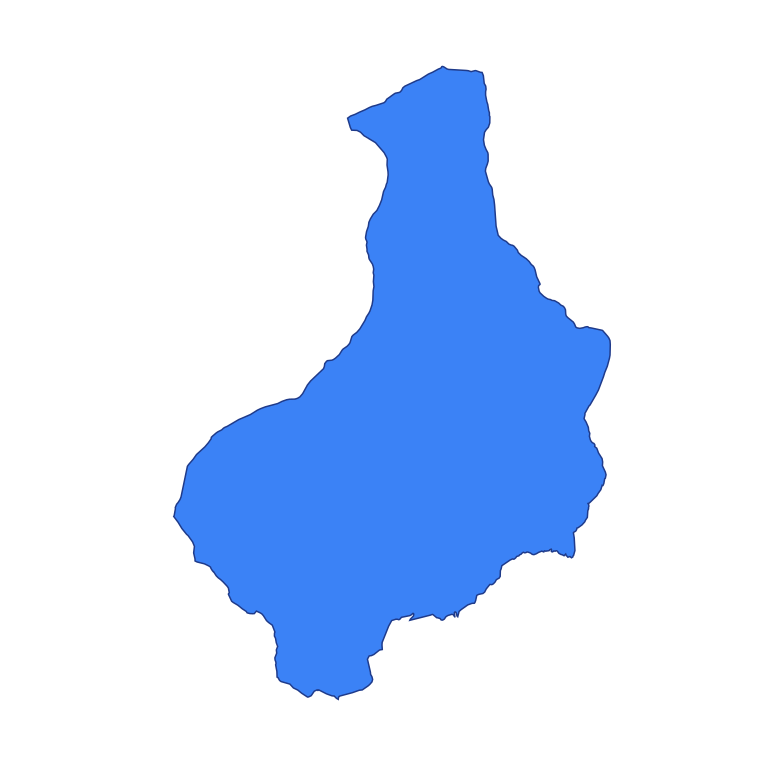 Busteni, Prahova, Romania (Natural Earth projection), rotated 260°
{"feature_id": "2599482B44498880667390", "entity_name": "Busteni", "entity_type": "district", "adm_level": 2, "iso_a3": "ROU", "parent_name": "Romania", "parent_adm1": "Prahova", "projection": "natural_earth1", "projection_center": [25.539, 45.419], "detail": "fine", "context": "isolated", "style": "filled", "palette": "blue", "viewbox_px": 768, "rotation_deg": 260, "n_neighbors": 0, "source": "geoboundaries", "source_scale": "gbopen_adm2", "svg_char_len": 6145}
<svg xmlns="http://www.w3.org/2000/svg" viewBox="0 0 768 768"><g transform="rotate(260 384 384)"><path d="M670.5,535.4L673.8,534.7L674.2,533.2L676.7,528.8L676.8,528.1L676.5,524.0L677.9,521.4L678.5,519.4L682.6,502.2L683.3,500.8L685.9,498.0L686.5,497.0L686.6,496.5L686.5,496.0L685.4,495.1L685.1,494.3L684.7,492.2L682.6,486.0L681.5,481.5L677.6,472.0L677.1,468.8L673.7,456.3L672.5,454.1L670.1,452.3L669.0,450.9L668.5,449.9L668.4,445.6L667.9,444.3L664.0,436.2L662.0,434.5L661.0,432.8L659.8,424.5L659.5,420.6L658.8,417.5L657.3,412.8L656.0,407.2L654.6,402.4L653.7,397.6L652.1,394.3L642.4,395.4L639.6,396.2L638.4,401.5L636.1,404.6L632.0,407.4L623.2,417.5L611.8,424.3L606.9,425.9L605.0,426.3L599.1,425.0L592.3,424.8L589.2,424.4L581.9,422.1L580.5,421.1L577.5,419.7L573.7,417.0L565.8,413.7L560.6,410.5L556.1,407.1L553.1,402.9L549.0,399.3L545.9,397.2L541.9,395.9L537.2,393.3L531.7,391.3L530.1,391.2L527.8,391.8L526.6,391.9L523.8,390.8L519.8,390.7L517.6,390.3L513.8,391.2L510.9,391.0L509.3,391.2L504.2,393.4L501.6,393.8L498.9,393.8L495.4,392.7L492.8,392.9L486.6,391.3L481.7,391.0L477.6,389.5L468.6,387.6L464.1,386.0L458.4,382.9L456.4,381.4L453.2,378.4L449.9,376.3L442.5,369.8L439.6,366.2L437.5,362.1L436.3,360.6L430.6,357.7L429.2,356.4L427.6,354.3L425.6,349.9L424.5,348.5L420.7,345.1L417.9,340.7L416.9,338.5L416.5,336.9L416.8,332.4L416.4,331.4L414.4,329.2L411.6,328.3L409.6,327.1L399.7,312.2L396.3,308.4L388.6,302.2L385.9,298.9L384.9,296.2L384.6,293.7L385.4,288.4L385.4,285.4L384.6,280.6L383.2,275.9L382.1,263.2L381.1,258.0L380.2,254.7L377.1,247.1L374.2,234.8L369.5,222.2L369.0,219.9L368.4,218.3L367.0,216.2L365.7,211.9L364.8,210.0L362.6,206.3L361.5,204.7L360.0,204.2L356.6,200.8L353.2,196.7L347.1,187.1L343.0,183.0L338.7,177.7L337.1,176.1L308.0,164.5L305.6,163.0L303.0,160.6L301.6,158.9L298.6,157.0L297.3,156.9L290.8,154.5L290.1,153.9L283.6,157.2L276.7,159.9L270.2,163.5L268.8,164.7L261.7,168.1L257.0,169.1L250.7,167.2L244.6,167.5L242.5,167.2L241.2,169.0L238.1,175.9L235.3,179.8L233.9,181.3L232.3,181.6L229.9,182.6L228.6,183.4L228.7,183.6L224.2,185.5L221.9,187.1L219.9,189.0L217.0,191.2L212.1,194.4L210.2,195.3L205.4,195.4L204.2,194.3L203.8,194.3L196.6,196.2L195.0,197.6L191.6,201.6L187.1,205.5L184.0,208.8L182.4,209.5L181.2,212.1L180.6,214.7L180.4,216.4L182.5,218.9L180.3,222.1L178.9,223.7L176.8,225.0L171.4,227.2L169.2,228.9L165.9,232.1L158.7,233.5L157.7,232.9L154.8,232.3L152.5,233.0L147.9,233.0L144.0,233.7L140.8,231.8L137.6,231.6L133.3,229.0L131.1,228.8L129.1,229.2L127.4,229.1L126.3,228.5L119.5,228.6L113.9,227.8L113.3,228.6L110.2,229.7L108.8,231.0L104.8,239.2L100.4,242.0L97.6,245.9L93.7,249.3L89.0,254.3L88.9,255.3L89.7,258.2L93.6,262.0L94.4,265.1L93.7,265.6L93.7,266.0L94.1,266.6L88.9,273.5L86.0,278.5L85.3,280.8L82.7,282.6L81.4,284.2L82.9,284.6L84.1,285.5L84.4,286.6L85.5,299.3L86.7,306.5L86.5,309.5L89.5,316.0L90.6,317.8L92.7,320.4L95.0,321.5L97.8,321.3L100.4,320.4L102.5,320.6L115.9,319.9L118.8,322.2L118.7,324.4L119.4,327.1L122.8,333.4L122.8,336.2L127.3,336.7L129.8,337.3L144.7,346.5L149.7,350.5L150.3,354.9L150.0,356.3L149.3,357.7L149.5,358.6L151.2,360.7L151.4,369.1L151.7,370.3L153.1,372.7L152.8,373.2L152.1,373.3L150.5,372.8L147.8,369.1L146.8,368.4L148.3,389.3L148.7,391.6L148.3,392.3L144.7,395.3L144.4,396.3L143.3,398.5L141.7,399.3L141.3,400.8L142.0,402.6L144.0,404.5L144.9,406.6L145.4,410.8L144.8,412.2L142.5,413.1L142.5,413.4L146.5,413.5L147.2,414.3L147.0,414.9L146.2,415.4L142.8,415.6L142.0,416.2L147.0,418.5L148.3,420.6L151.9,428.1L152.7,432.6L152.4,434.9L153.0,435.6L154.9,436.7L159.6,438.6L160.0,439.3L160.4,441.0L160.5,445.0L161.6,447.0L164.4,449.1L168.2,453.4L167.7,455.4L168.2,457.0L169.8,459.1L171.6,460.5L172.3,461.9L172.7,463.5L174.3,465.0L180.0,466.2L181.5,467.2L184.6,468.5L188.8,477.8L189.4,480.3L188.9,481.5L189.3,482.5L190.0,483.6L191.1,484.7L191.4,487.1L192.2,487.8L192.5,489.3L193.6,490.8L194.1,492.0L193.3,493.3L193.3,494.5L193.7,495.6L193.4,496.7L192.1,498.9L190.5,500.4L189.9,502.0L190.4,504.6L191.3,506.9L192.0,510.3L190.9,512.2L191.7,512.8L191.8,513.2L191.3,514.1L191.2,517.6L192.0,518.5L192.3,520.0L191.5,520.2L190.2,519.7L189.5,520.3L189.4,520.9L190.1,522.4L189.6,523.5L189.9,524.3L189.8,525.0L189.2,525.7L186.8,526.9L185.3,528.8L184.9,529.9L183.6,531.5L185.0,533.4L183.3,533.7L183.0,534.1L181.5,535.0L181.8,537.2L180.3,538.4L180.8,539.8L181.8,540.3L182.2,540.9L186.8,543.1L199.3,544.6L204.6,544.7L205.1,545.3L205.8,547.2L207.0,548.3L208.6,549.0L208.8,550.3L210.9,554.6L213.5,557.9L214.7,558.6L217.3,561.1L223.8,562.7L225.6,563.8L226.4,563.8L228.2,564.6L229.7,564.6L230.9,564.2L230.9,565.0L231.7,566.4L237.0,574.2L239.0,575.8L242.3,579.2L246.1,581.1L245.8,581.3L246.0,582.0L247.8,583.2L252.4,584.9L252.7,585.6L256.0,586.9L258.8,586.7L265.6,584.9L269.2,585.8L272.7,585.8L278.8,583.3L283.8,582.4L285.8,580.6L287.2,581.1L288.0,580.9L289.0,580.4L290.1,578.9L291.9,577.9L293.3,577.5L296.8,577.2L299.7,578.1L302.3,577.5L305.9,577.7L311.5,576.4L315.1,575.0L318.9,576.6L320.1,576.7L326.8,582.1L327.5,583.2L336.3,590.6L340.8,594.1L353.1,601.4L357.0,603.4L362.7,607.0L370.2,610.5L373.2,611.6L383.6,613.7L387.5,614.1L390.3,613.4L392.2,612.5L398.7,608.6L399.0,608.2L403.1,598.1L404.0,595.4L404.8,594.9L405.2,594.0L405.2,592.0L404.8,589.9L404.8,586.4L405.8,583.8L406.9,582.7L409.8,582.1L412.1,581.2L417.5,576.5L419.4,575.3L421.2,575.1L425.6,575.6L427.5,575.1L429.3,574.2L431.1,571.8L433.4,570.1L436.4,566.5L437.2,563.9L438.2,562.7L439.1,560.4L440.1,559.1L442.5,556.6L446.7,553.5L448.4,552.9L452.4,552.8L454.1,553.4L454.9,554.9L455.8,555.0L463.0,553.0L470.2,552.6L472.6,552.1L474.1,551.5L476.1,549.8L479.4,548.2L482.7,545.8L486.9,541.4L489.5,539.5L490.3,539.0L492.6,538.6L497.0,536.1L498.2,534.8L498.8,533.3L500.1,531.3L503.1,529.2L505.1,526.5L507.3,524.4L510.6,522.3L520.0,521.8L541.3,524.0L546.6,524.3L551.4,523.9L557.1,524.4L558.9,524.2L562.7,522.5L565.0,521.9L576.0,520.8L578.8,521.7L582.5,523.9L585.5,525.3L592.1,526.4L593.7,526.4L597.4,525.2L601.7,524.3L607.3,524.4L614.4,526.7L616.6,528.7L618.8,531.4L622.7,533.5L628.9,534.7L630.0,534.4L632.9,534.9L635.1,534.6L641.4,534.7L644.1,534.3L650.7,534.2L654.2,534.8L656.6,535.7L659.8,535.9L662.6,534.9L670.5,535.4Z" fill="#3b82f6" stroke="#1e3a8a" stroke-width="1.5"/></g></svg>